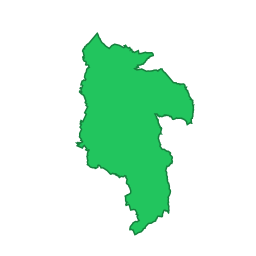 the district of Teuchitlán, Jalisco, Mexico, rotated 135°
{"feature_id": "50627088B99010084174784", "entity_name": "Teuchitlán", "entity_type": "district", "adm_level": 2, "iso_a3": "MEX", "parent_name": "Mexico", "parent_adm1": "Jalisco", "projection": "albers", "projection_center": [-103.827, 20.68], "detail": "fine", "context": "isolated", "style": "filled", "palette": "green", "viewbox_px": 256, "rotation_deg": 135, "n_neighbors": 0, "source": "geoboundaries", "source_scale": "gbopen_adm2", "svg_char_len": 5817}
<svg xmlns="http://www.w3.org/2000/svg" viewBox="0 0 256 256"><g transform="rotate(135 128 128)"><path d="M62.1,163.1L58.9,161.4L58.0,162.6L57.9,164.3L61.6,167.9L62.1,169.2L65.9,171.3L67.7,172.8L66.0,175.4L70.1,176.9L70.3,178.4L71.0,178.6L69.9,181.0L71.0,181.4L70.6,181.6L69.9,183.7L71.1,184.1L71.6,186.0L71.2,188.2L71.9,188.3L72.5,188.8L72.9,187.4L74.2,187.8L75.8,192.8L78.2,196.7L81.2,197.7L85.0,197.5L85.9,201.9L85.7,204.2L86.1,206.9L85.1,210.4L84.8,210.5L84.6,212.5L83.1,215.5L82.8,216.7L96.6,215.5L96.8,215.8L98.8,216.0L99.4,215.6L100.9,216.0L101.8,215.7L102.8,214.8L103.2,215.4L104.0,215.3L105.6,214.6L105.8,214.4L106.1,213.0L107.4,211.2L107.7,210.3L107.9,210.0L109.5,210.2L110.3,209.6L109.5,208.6L111.2,208.2L111.7,206.2L110.8,204.9L111.5,203.7L113.2,202.7L113.1,202.1L111.9,201.3L111.5,200.1L112.4,199.0L112.5,198.4L113.5,198.9L113.8,198.6L115.5,198.8L118.1,197.0L119.8,196.7L122.8,194.7L123.3,193.4L123.2,192.9L123.6,192.1L124.6,191.9L125.3,193.2L126.1,193.1L127.3,193.6L130.1,192.2L130.7,191.8L130.2,191.4L130.0,190.1L132.7,188.8L133.1,190.1L133.9,189.7L133.5,188.4L135.3,187.5L135.2,186.2L136.0,185.8L136.3,188.1L136.8,187.7L136.8,185.1L136.6,184.8L136.7,184.0L136.2,183.0L136.6,181.1L137.0,180.7L136.9,180.3L137.3,179.4L137.7,179.3L138.3,177.4L139.0,177.0L138.9,176.7L140.4,176.2L140.1,174.2L141.7,173.7L141.5,171.5L147.9,169.4L147.7,167.3L155.5,164.4L155.9,166.5L157.4,165.9L157.3,164.9L158.9,164.7L158.7,163.3L161.3,162.5L161.6,160.3L161.8,159.9L166.0,158.3L167.8,156.4L168.3,156.3L168.6,155.9L168.9,153.0L170.2,152.6L170.1,152.2L169.7,151.8L169.9,150.4L170.7,150.4L172.0,151.0L172.4,151.6L172.7,151.2L173.1,151.4L174.0,151.1L173.5,152.9L173.6,153.2L174.5,153.2L174.9,153.6L174.9,151.4L176.5,151.4L174.4,146.1L172.7,146.6L171.3,146.6L171.7,142.7L173.3,142.5L172.7,140.5L171.5,140.6L171.1,140.1L171.6,139.7L172.8,139.6L174.1,139.0L175.3,138.2L175.8,137.1L176.6,137.2L177.2,136.9L177.8,135.6L178.6,134.9L179.3,133.4L180.7,132.8L181.9,130.9L182.6,130.8L182.5,130.3L182.2,130.2L182.2,127.0L181.1,124.9L179.6,123.5L179.8,122.6L179.2,122.3L178.9,122.6L178.4,122.0L176.7,121.7L176.1,122.6L175.4,122.8L175.2,122.6L174.8,122.0L174.7,120.6L175.0,119.4L175.3,118.9L173.8,117.4L172.8,112.6L173.0,107.8L172.4,107.3L170.8,106.7L170.7,106.0L169.7,105.0L169.9,103.9L169.6,103.0L169.1,104.8L168.9,102.5L169.1,101.9L168.2,100.9L169.0,99.9L169.1,99.1L167.0,98.7L165.9,96.9L165.3,96.6L164.1,96.7L163.5,95.4L164.5,94.5L164.9,92.3L166.3,91.5L168.1,90.1L168.2,89.4L167.9,87.0L168.7,85.9L168.9,84.6L170.6,81.4L172.1,80.2L173.2,80.2L175.2,80.8L175.8,81.3L176.3,81.1L178.2,81.8L178.7,80.7L181.0,78.3L181.5,77.3L181.2,76.4L181.6,76.6L182.8,75.7L183.8,75.3L184.0,74.6L181.6,73.5L181.7,72.4L184.1,68.1L181.6,66.4L180.7,64.9L181.8,61.6L183.2,61.2L182.6,59.4L184.2,58.9L185.1,57.0L185.6,54.7L186.6,55.1L187.7,55.1L188.8,56.6L191.7,57.3L192.2,57.0L196.0,56.6L198.3,55.1L198.5,54.6L197.4,54.2L196.9,52.4L196.6,52.2L198.5,47.7L197.3,47.2L194.9,46.8L192.0,45.3L189.2,45.4L188.9,45.8L188.1,45.8L186.7,45.1L186.5,45.4L185.2,45.9L181.0,46.0L178.7,44.2L176.0,43.7L174.7,42.9L173.9,42.8L173.7,43.2L172.9,43.6L171.7,43.5L171.4,43.8L169.3,44.5L168.6,43.9L168.4,43.3L168.0,43.2L167.1,41.6L166.4,41.2L165.7,41.5L165.4,42.1L164.1,42.9L160.9,44.3L160.5,44.3L159.8,43.5L159.9,42.6L160.4,42.4L159.2,42.3L158.8,41.7L159.4,39.3L159.2,39.3L158.5,40.2L157.5,40.6L155.9,42.6L154.4,43.8L153.8,45.3L153.5,45.5L153.4,46.1L152.7,46.7L152.3,46.5L151.9,46.8L150.8,48.4L148.9,49.8L148.7,50.7L146.4,51.2L144.4,52.1L142.7,53.3L142.1,54.2L141.9,55.8L140.5,57.0L139.7,58.0L138.3,60.3L138.6,60.9L138.2,61.3L138.0,62.0L137.3,63.0L136.6,63.5L136.3,64.3L134.7,65.7L134.1,67.4L132.1,69.2L131.7,70.3L131.7,71.1L127.6,73.4L127.4,72.9L125.5,72.2L124.9,72.6L124.3,72.4L122.9,72.9L122.1,72.0L120.9,72.6L120.6,73.1L120.2,73.1L119.2,75.0L117.8,75.5L117.1,76.7L117.2,78.5L116.7,80.1L115.7,80.2L115.6,80.7L116.1,83.4L117.0,84.0L117.5,87.4L118.9,88.6L118.3,92.5L117.5,93.0L116.8,93.0L116.8,93.7L115.9,95.1L115.6,96.3L114.8,97.4L114.0,99.2L112.8,100.0L112.4,100.5L112.1,100.4L111.2,101.1L109.2,101.4L109.4,101.1L108.7,100.4L108.7,101.3L108.1,101.4L107.5,102.2L104.8,103.8L105.0,104.1L104.5,104.5L104.8,104.6L104.9,105.7L104.2,106.3L103.9,108.1L103.3,108.7L103.4,109.4L102.4,111.0L102.1,111.2L101.6,112.1L101.1,112.2L100.9,112.6L101.3,112.8L100.8,113.9L101.0,114.2L100.7,115.1L100.2,115.2L99.8,116.0L99.0,118.8L97.6,117.4L97.8,116.7L97.6,116.2L98.1,115.8L98.1,115.0L97.4,114.3L97.7,113.7L96.7,113.3L96.0,112.0L94.2,111.3L93.4,111.5L92.7,111.2L92.4,110.6L92.9,110.4L92.5,110.1L92.2,110.4L91.5,109.8L91.3,109.1L90.3,108.0L90.3,106.4L89.5,106.1L89.3,105.5L89.7,105.2L89.7,103.9L90.1,103.3L90.2,102.6L89.8,102.0L88.2,101.2L86.6,100.8L86.4,100.1L83.6,97.5L83.5,96.9L83.0,96.8L82.8,95.3L82.3,94.9L82.4,94.4L82.1,93.5L82.1,90.9L82.8,90.3L83.7,88.5L79.8,87.7L79.9,86.7L79.6,86.4L79.4,86.9L77.1,89.6L76.3,89.7L75.7,89.4L74.5,90.4L74.0,90.4L71.3,93.0L70.6,93.1L70.3,93.8L69.3,94.2L69.2,94.7L68.7,94.7L68.5,95.2L66.7,96.8L66.4,97.6L65.6,97.8L66.1,98.2L65.0,99.8L64.3,99.9L64.2,100.5L63.3,101.2L63.4,101.5L62.7,101.8L63.3,103.5L62.9,103.3L62.2,107.3L61.0,108.9L60.3,110.9L60.3,111.6L59.8,111.6L59.4,112.4L59.7,113.3L59.5,114.2L59.7,114.8L57.9,115.5L59.0,116.4L57.5,118.0L57.5,119.7L59.0,121.1L60.1,121.6L60.0,122.1L60.7,122.3L60.6,123.3L61.9,124.4L62.1,125.1L61.9,125.6L63.8,128.0L62.7,140.9L63.0,141.3L62.8,144.6L62.2,145.5L63.1,146.7L64.4,146.8L64.8,147.2L66.2,147.0L66.7,147.4L66.5,147.6L67.0,148.9L68.8,150.5L69.9,150.9L71.3,151.9L72.9,153.3L73.4,154.1L74.9,155.1L76.6,160.0L76.8,160.0L80.6,162.8L81.3,164.8L81.3,165.3L79.1,164.0L78.7,164.9L77.7,163.5L76.9,165.6L74.9,164.0L74.2,163.5L73.0,163.3L72.5,162.7L71.7,162.3L70.8,162.7L69.5,162.5L67.4,163.1L66.4,162.9L65.6,163.4L64.9,163.4L64.0,162.7L63.5,163.2L62.3,162.8L62.1,163.1Z" fill="#22c55e" stroke="#15803d" stroke-width="1.5"/></g></svg>